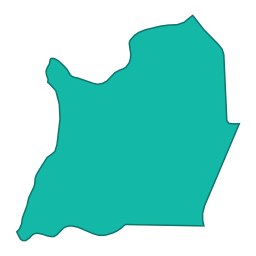 the District of Machinga
{"feature_id": "MWI-1904", "entity_name": "Machinga", "entity_type": "District", "adm_level": 1, "iso_a3": "MWI", "parent_name": "Malawi", "parent_adm1": "", "projection": "orthographic", "projection_center": [35.438, -14.901], "detail": "fine", "context": "isolated", "style": "filled", "palette": "teal", "viewbox_px": 256, "rotation_deg": 0, "n_neighbors": 0, "source": "natural_earth", "source_scale": "10m", "svg_char_len": 1323}
<svg xmlns="http://www.w3.org/2000/svg" viewBox="0 0 256 256"><path d="M192.7,15.4L203.7,29.5L218.5,44.6L222.1,49.2L223.8,54.6L226.8,120.5L228.8,123.3L232.8,123.9L239.3,123.7L227.8,150.9L219.4,170.8L204.6,205.6L202.6,213.4L202.7,220.8L203.9,225.9L125.5,224.5L124.7,225.0L123.5,225.9L122.9,226.6L119.8,229.1L116.7,231.1L112.9,232.9L106.4,234.9L102.3,235.4L98.9,235.3L93.3,233.7L77.8,227.2L71.8,225.9L68.2,226.1L64.9,227.2L62.9,228.6L57.1,234.6L54.1,236.5L51.3,236.6L47.4,235.9L42.5,234.2L37.4,233.2L34.3,233.7L31.9,235.3L29.4,238.0L25.7,240.6L22.7,240.6L20.5,239.1L19.3,237.0L16.7,231.8L19.2,229.4L21.5,224.3L22.5,217.7L26.9,205.9L28.8,197.6L34.1,186.5L34.8,183.4L35.2,178.5L36.0,175.7L38.0,171.9L47.2,157.4L51.8,154.2L55.0,151.3L57.0,144.5L60.0,119.1L59.3,104.2L55.8,90.6L48.6,82.9L47.7,82.3L48.1,79.7L48.0,79.1L46.6,75.2L46.3,73.5L46.1,71.8L46.3,70.1L47.5,67.2L49.0,64.7L49.6,63.3L50.1,60.0L50.7,58.8L51.6,58.3L53.7,58.5L55.1,59.0L56.7,59.8L58.6,61.0L63.7,65.7L67.0,69.4L70.3,74.9L72.1,76.4L74.4,77.4L77.7,78.0L93.4,83.4L97.8,84.3L102.5,83.4L106.9,81.1L115.0,72.6L119.6,70.1L122.8,69.0L125.8,67.3L129.1,63.0L130.4,58.8L130.8,54.4L129.3,43.9L129.5,41.8L130.2,40.1L134.9,35.0L139.1,32.3L145.6,29.7L160.7,26.1L168.2,25.1L177.3,24.7L184.1,22.3L192.6,15.4L192.7,15.4Z" fill="#14b8a6" stroke="#0f766e" stroke-width="1.5"/></svg>